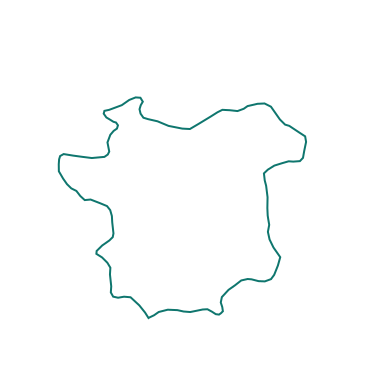 the border of Radoviš, rotated 145°
{"feature_id": "MKD-2905", "entity_name": "Radoviš", "entity_type": "Statistical Region", "adm_level": 1, "iso_a3": "MKD", "parent_name": "North Macedonia", "parent_adm1": "", "projection": "natural_earth1", "projection_center": [22.489, 41.639], "detail": "fine", "context": "isolated", "style": "outline", "palette": "teal", "viewbox_px": 384, "rotation_deg": 145, "n_neighbors": 0, "source": "natural_earth", "source_scale": "10m", "svg_char_len": 1767}
<svg xmlns="http://www.w3.org/2000/svg" viewBox="0 0 384 384"><g transform="rotate(145 192 192)"><path d="M144.9,126.5L147.6,120.8L152.7,115.8L155.7,108.6L157.1,99.8L157.1,88.0L163.8,82.5L172.2,77.0L176.7,75.5L177.2,75.3L183.6,77.0L188.6,80.8L193.3,86.3L196.3,88.8L202.4,91.3L210.4,90.9L218.1,90.9L227.8,88.8L231.8,85.0L233.2,80.4L235.1,76.6L237.8,76.1L240.2,76.1L242.6,78.3L244.3,82.5L246.6,87.1L250.6,89.6L256.6,92.2L262.3,94.7L267.4,98.9L271.7,103.6L279.4,109.5L288.1,112.8L293.8,112.8L299.2,113.7L299.9,113.7L299.6,120.2L300.2,129.4L302.7,141.0L307.7,145.2L313.2,147.8L316.6,151.5L316.1,156.3L312.3,161.0L306.5,171.5L302.3,176.8L301.9,182.6L303.2,190.0L305.8,196.2L303.9,198.4L296.2,199.7L287.5,199.7L282.8,200.5L280.1,203.1L274.8,212.8L271.4,218.3L269.4,224.1L269.7,229.2L273.7,235.5L279.4,244.0L284.5,246.9L285.8,252.8L286.1,259.2L288.8,264.2L289.9,270.1L289.9,276.9L289.2,285.3L285.2,291.2L282.1,295.0L279.4,297.1L275.4,296.7L268.4,289.9L262.0,284.0L254.6,277.3L243.6,271.0L239.5,271.0L236.6,272.6L232.8,281.1L226.1,285.7L221.1,287.0L217.1,287.0L214.4,289.1L214.4,292.5L216.1,294.6L217.7,298.4L219.4,302.2L219.4,306.8L217.2,308.7L212.7,306.8L199.7,303.4L190.6,303.4L183.9,301.8L180.2,298.8L180.5,294.2L184.2,292.5L187.5,289.9L189.2,285.7L189.2,280.7L186.2,276.9L179.7,269.7L173.3,259.6L163.6,249.5L157.6,244.8L147.5,244.0L133.7,243.1L125.4,242.7L120.0,241.9L114.0,237.2L108.3,232.2L101.9,230.5L97.2,230.5L90.1,227.6L87.8,226.7L81.8,222.9L78.4,216.6L78.4,210.2L78.4,201.0L77.1,193.8L74.4,190.4L70.1,179.4L67.4,172.7L69.8,167.6L76.5,161.3L81.5,156.3L85.9,155.4L91.6,158.8L95.2,161.7L101.6,163.9L109.4,166.4L117.0,166.8L122.4,166.0L125.8,159.7L127.7,154.6L133.1,144.4L139.5,135.6L143.5,129.3L144.9,126.5Z" fill="none" stroke="#0f766e" stroke-width="2"/></g></svg>